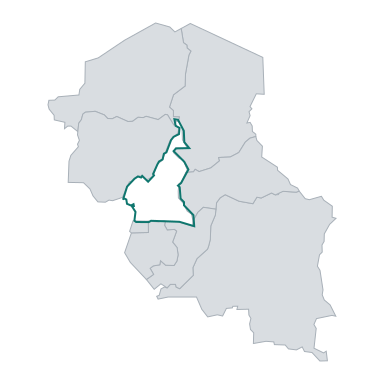 Cameroon highlighted among its neighbors
{"feature_id": "CMR", "entity_name": "Cameroon", "entity_type": "country or territory", "adm_level": 0, "iso_a3": "CMR", "parent_name": "Africa", "parent_adm1": "", "projection": "albers", "projection_center": [12.994, 7.377], "detail": "coarse", "context": "with_neighbors", "style": "outline", "palette": "teal", "viewbox_px": 384, "rotation_deg": 0, "n_neighbors": 8, "source": "natural_earth", "source_scale": "50m", "svg_char_len": 5386}
<svg xmlns="http://www.w3.org/2000/svg" viewBox="0 0 384 384"><path d="M320.0,270.4L323.0,289.9L322.2,294.8L324.3,300.0L330.1,304.9L335.8,316.2L331.9,315.4L316.5,318.6L313.9,324.5L316.2,328.4L314.0,348.2L323.6,352.9L326.2,351.2L327.4,360.8L319.9,361.0L312.0,352.5L304.5,351.5L302.2,346.9L296.4,349.9L288.5,348.9L285.2,345.0L274.4,344.6L273.8,341.9L266.0,341.3L253.4,343.5L253.7,332.8L250.5,329.5L249.6,323.9L250.9,318.4L248.9,315.0L248.6,309.2L236.9,309.5L237.7,306.2L232.8,306.3L232.3,307.9L226.4,308.4L222.6,316.0L217.3,314.8L207.7,316.9L201.8,309.3L196.5,297.0L168.2,297.0L158.1,299.1L156.7,296.3L159.2,295.3L161.0,288.9L164.5,287.0L167.1,287.9L170.3,284.4L175.5,284.4L176.2,287.1L179.7,288.7L193.3,275.3L192.9,267.7L197.0,258.6L207.5,249.2L208.6,246.2L210.3,239.5L210.8,225.9L215.4,214.9L216.6,202.6L220.2,197.8L225.2,194.7L239.0,201.2L252.9,203.7L256.9,197.2L261.2,198.0L271.5,193.0L275.3,194.9L278.3,194.6L279.6,192.3L283.1,191.3L296.2,192.2L299.2,191.1L305.2,198.7L309.4,199.7L321.4,196.3L323.8,200.2L332.3,206.2L332.1,217.2L336.0,218.3L329.6,224.4L324.3,233.9L324.1,241.4L322.0,245.0L322.2,252.1L319.5,254.8L317.4,266.2L320.0,270.4Z" fill="#d9dde1" stroke="#a8b0b8" stroke-width="1"/><path d="M262.8,57.4L264.2,94.3L256.3,93.8L250.0,106.6L251.9,108.8L249.0,111.7L250.1,115.6L246.9,123.0L250.1,122.4L252.2,126.0L252.4,131.5L255.8,134.2L255.8,136.5L249.9,138.2L245.3,142.1L238.8,152.5L230.2,157.0L218.6,157.5L219.5,160.8L210.8,167.9L199.1,171.6L195.2,169.3L193.5,171.8L185.8,172.5L187.3,170.0L183.0,159.6L178.9,158.0L173.4,152.5L175.4,148.0L187.5,148.3L182.4,139.8L182.0,127.3L178.4,121.3L179.3,116.9L173.4,116.7L173.4,110.6L169.5,107.1L173.5,94.8L185.1,86.0L185.5,73.9L188.9,55.1L190.9,51.1L187.1,48.0L186.9,45.1L183.5,42.7L181.2,28.5L190.3,23.5L262.8,57.4Z" fill="#d9dde1" stroke="#a8b0b8" stroke-width="1"/><path d="M181.2,28.5L183.5,42.7L186.9,45.1L187.1,48.0L190.9,51.1L188.9,55.1L185.5,73.9L185.1,86.0L173.5,94.8L169.5,107.1L173.4,110.6L173.4,116.7L179.3,116.9L178.4,121.3L175.8,121.8L175.5,124.8L173.8,125.0L167.5,114.8L165.3,114.4L158.2,119.6L146.1,116.3L143.4,117.6L138.0,117.3L132.6,121.3L127.9,121.5L116.8,116.5L112.4,118.7L107.7,118.5L104.3,114.9L95.2,111.3L85.3,112.2L82.8,114.2L81.4,119.6L78.7,123.3L77.9,131.7L71.0,126.1L67.7,126.1L64.5,128.7L64.9,122.3L54.3,119.9L54.1,115.3L49.1,109.1L48.0,104.8L48.9,100.3L54.8,100.1L58.2,96.8L78.9,95.0L79.8,89.3L84.9,83.2L85.3,61.8L98.2,57.9L124.6,40.2L155.6,23.0L169.8,27.0L174.9,31.9L181.2,28.5Z" fill="#d9dde1" stroke="#a8b0b8" stroke-width="1"/><path d="M68.2,182.4L69.0,161.2L70.9,155.3L78.4,146.7L77.5,144.2L79.4,140.4L77.5,134.8L78.7,123.3L81.4,119.6L82.8,114.2L85.3,112.2L95.2,111.3L104.3,114.9L107.7,118.5L112.4,118.7L116.8,116.5L127.9,121.5L132.6,121.3L138.0,117.3L143.4,117.6L146.1,116.3L158.2,119.6L165.3,114.4L167.5,114.8L173.8,125.0L175.5,124.8L179.1,128.6L177.6,133.4L169.9,140.7L162.3,160.3L157.3,164.2L152.9,176.7L146.4,179.9L141.2,176.0L137.7,176.1L132.1,181.6L129.4,181.7L122.4,197.4L112.6,200.7L109.0,200.1L105.4,202.2L97.9,201.9L93.0,195.9L90.0,189.0L83.5,182.7L68.2,182.4Z" fill="#d9dde1" stroke="#a8b0b8" stroke-width="1"/><path d="M299.2,191.1L296.2,192.2L283.1,191.3L275.3,194.9L271.5,193.0L261.2,198.0L256.9,197.2L252.9,203.7L239.0,201.2L225.2,194.7L220.2,197.8L216.6,202.6L215.9,209.2L203.4,207.3L197.9,212.3L193.0,221.1L191.5,214.1L187.2,211.1L182.9,202.8L178.4,197.9L178.2,191.2L178.9,183.8L181.2,182.1L185.8,172.5L193.5,171.8L195.2,169.3L199.1,171.6L210.8,167.9L219.5,160.8L218.6,157.5L230.2,157.0L238.8,152.5L245.3,142.1L249.9,138.2L255.8,136.5L256.9,140.5L262.4,146.2L261.7,157.0L277.4,167.2L277.6,170.3L288.0,179.0L290.5,184.6L297.6,188.1L299.2,191.1Z" fill="#d9dde1" stroke="#a8b0b8" stroke-width="1"/><path d="M215.9,209.2L215.4,214.9L210.8,225.9L210.3,239.5L208.6,246.2L207.5,249.2L197.0,258.6L192.9,267.7L193.3,275.3L179.7,288.7L176.2,287.1L175.5,284.4L170.3,284.4L167.1,287.9L160.9,283.8L154.2,289.3L146.4,279.5L153.6,274.4L150.1,268.3L153.3,265.9L159.8,264.8L160.5,260.7L165.6,265.2L174.0,265.5L176.9,261.1L178.1,254.9L177.1,247.6L172.6,242.1L176.6,231.2L174.3,229.4L167.3,230.1L164.6,225.3L165.3,221.2L177.2,221.5L192.4,226.2L193.0,221.1L197.9,212.3L203.4,207.3L215.9,209.2Z" fill="#d9dde1" stroke="#a8b0b8" stroke-width="1"/><path d="M148.3,221.2L158.5,221.9L164.1,220.7L165.3,221.2L164.6,225.3L167.3,230.1L174.3,229.4L176.6,231.2L172.6,242.1L177.1,247.6L178.1,254.9L176.9,261.1L174.0,265.5L165.6,265.2L160.5,260.7L159.8,264.8L153.3,265.9L150.1,268.3L153.6,274.4L146.4,279.5L130.3,262.4L124.6,252.7L131.4,232.9L148.4,232.5L148.3,221.2Z" fill="#d9dde1" stroke="#a8b0b8" stroke-width="1"/><path d="M133.0,220.9L148.3,221.2L148.4,232.5L131.4,232.9L129.6,231.4L133.0,220.9Z" fill="#d9dde1" stroke="#a8b0b8" stroke-width="1"/><path d="M123.0,199.7L127.1,186.6L134.5,178.7L137.9,176.5L141.1,177.5L142.2,175.9L148.1,181.7L154.0,175.4L153.1,174.0L157.4,164.4L159.0,161.5L162.6,159.4L163.9,153.7L166.4,152.4L171.1,140.0L173.6,136.8L179.0,134.1L179.5,127.9L175.6,125.8L174.4,119.2L178.0,119.8L183.8,130.8L184.3,142.1L189.2,148.1L176.1,148.4L173.6,151.1L184.3,161.8L188.4,169.5L181.1,183.0L178.0,185.6L179.7,187.2L180.6,198.6L184.0,202.1L184.0,205.3L193.4,215.1L194.2,226.2L179.5,221.8L151.0,220.8L148.8,222.1L136.1,222.0L134.4,220.7L135.5,211.9L132.2,206.7L133.9,206.1L133.5,204.2L131.0,205.5L127.0,203.8L126.3,199.5L123.9,198.3L123.0,199.7Z" fill="none" stroke="#0f766e" stroke-width="2"/></svg>